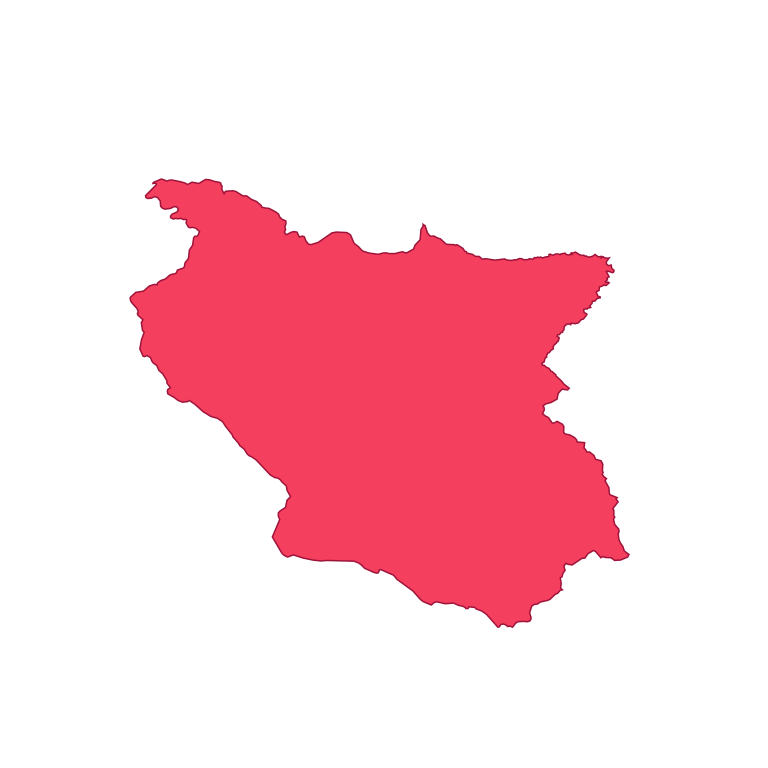 Nqoe, Butha-Buthe, Lesotho (Equal Earth projection), rotated 110°
{"feature_id": "5366337B84603329335542", "entity_name": "Nqoe", "entity_type": "district", "adm_level": 2, "iso_a3": "LSO", "parent_name": "Lesotho", "parent_adm1": "Butha-Buthe", "projection": "equal_earth", "projection_center": [28.538, -28.865], "detail": "fine", "context": "isolated", "style": "filled", "palette": "rose", "viewbox_px": 768, "rotation_deg": 110, "n_neighbors": 0, "source": "geoboundaries", "source_scale": "gbopen_adm2", "svg_char_len": 6169}
<svg xmlns="http://www.w3.org/2000/svg" viewBox="0 0 768 768"><g transform="rotate(110 384 384)"><path d="M565.9,436.6L577.7,422.4L579.0,419.8L579.5,417.1L579.5,415.3L575.6,410.7L575.2,400.3L573.7,390.2L571.8,382.6L569.4,377.4L560.8,351.8L560.8,347.1L561.7,343.6L563.8,339.2L564.5,328.5L564.1,325.8L563.2,324.7L560.2,324.7L559.5,323.5L560.4,309.6L563.2,304.8L568.6,286.0L574.0,276.1L575.1,272.6L575.5,264.0L571.7,261.8L570.6,259.6L569.5,251.2L566.1,243.8L566.5,238.3L565.9,234.0L566.1,231.9L567.0,230.0L566.1,228.2L564.3,227.9L562.9,222.4L563.8,220.7L563.9,214.4L565.4,208.9L573.6,193.8L573.0,192.8L569.8,191.8L568.7,189.7L568.7,187.0L569.6,185.0L568.5,182.9L568.5,180.0L564.0,178.6L561.8,177.1L559.7,172.7L558.2,167.6L556.7,165.9L554.7,165.5L552.8,166.2L549.3,168.9L542.2,169.2L539.8,167.5L538.3,164.6L535.5,162.6L531.2,156.0L529.3,154.2L522.9,151.1L521.3,149.2L517.7,147.9L516.4,146.0L515.3,148.3L511.0,149.2L505.8,152.1L504.3,150.8L500.6,151.1L497.2,150.1L493.7,152.6L490.3,151.7L490.5,149.5L489.7,145.3L480.2,138.4L478.9,135.7L473.7,134.3L468.8,130.2L469.0,128.0L473.1,120.7L471.3,119.3L471.3,116.7L469.6,111.2L470.9,107.0L468.5,101.5L463.2,95.8L460.4,95.5L458.7,101.1L455.0,104.0L452.2,107.9L449.6,110.2L444.4,112.8L442.5,112.6L440.1,113.8L437.1,119.1L432.5,122.1L430.2,121.6L429.3,122.9L423.9,124.9L422.9,126.4L414.7,123.7L412.5,126.8L411.0,126.0L410.8,133.8L409.1,135.2L404.6,137.1L399.2,143.3L396.8,142.6L395.9,145.6L394.2,148.1L392.1,147.8L391.0,149.0L384.5,151.0L381.9,153.8L382.4,159.4L379.3,162.3L377.6,167.5L378.5,170.3L376.7,172.1L375.8,174.1L370.5,175.4L372.4,182.7L370.7,183.8L369.2,186.5L368.3,191.7L369.0,196.9L367.9,198.7L362.5,200.4L360.8,202.6L359.9,208.6L362.3,210.6L363.2,212.6L359.3,218.0L358.9,221.6L357.5,224.9L353.9,224.5L351.9,225.2L350.0,227.0L347.4,225.2L344.2,220.7L339.0,216.2L333.2,217.1L328.0,215.0L326.8,209.5L324.6,208.5L322.6,214.8L320.5,218.2L317.5,225.4L316.6,225.7L314.9,229.9L314.7,231.8L312.9,234.2L312.7,237.2L311.6,240.0L312.2,241.6L310.4,242.7L308.6,241.1L304.6,241.5L303.2,240.3L302.0,240.9L299.0,240.7L298.1,239.5L295.0,238.5L293.4,237.0L289.9,237.8L286.6,236.0L285.3,236.0L284.6,235.0L281.2,235.0L280.3,235.5L280.0,237.7L278.4,237.8L277.7,236.1L275.0,235.1L274.3,233.9L273.3,234.2L271.6,233.4L268.7,234.3L267.7,233.9L265.3,232.7L264.1,230.0L264.4,228.8L262.8,228.7L261.8,224.6L259.9,222.1L256.2,220.8L254.8,218.8L249.3,217.1L248.7,217.6L248.4,220.3L246.4,221.6L245.0,221.6L244.1,218.8L243.1,218.6L241.4,215.9L240.2,217.4L237.2,216.1L234.9,216.5L234.0,214.2L230.6,212.8L229.1,210.3L228.2,210.7L228.3,212.9L225.4,215.8L224.6,215.9L222.6,213.9L219.0,214.7L217.5,212.5L215.6,211.3L215.8,209.8L215.3,208.9L212.0,207.0L211.6,208.3L212.7,210.2L212.0,211.0L209.6,209.7L208.0,210.7L206.3,209.1L202.2,213.6L201.4,212.6L201.2,207.2L199.9,206.4L198.5,206.8L197.4,209.6L194.5,211.2L196.0,213.5L195.3,215.8L193.2,216.9L188.5,215.5L189.3,216.7L190.0,220.0L189.5,221.4L190.7,222.7L189.6,222.4L189.6,223.1L191.2,226.1L190.1,230.0L192.8,231.8L195.0,235.5L194.5,237.7L195.2,238.9L194.6,240.2L195.5,241.9L195.6,244.4L194.6,249.2L196.7,251.8L196.6,252.9L197.8,253.0L198.1,252.0L198.8,253.9L199.7,254.4L199.9,257.2L199.1,258.5L201.2,262.2L202.3,262.6L202.2,264.7L203.2,267.3L205.4,269.4L205.1,272.2L206.0,273.3L207.2,272.5L208.5,273.7L209.1,275.3L211.4,278.4L211.1,280.2L212.3,281.7L212.1,282.9L213.4,284.2L213.7,285.9L215.9,286.8L216.5,290.2L217.7,291.1L219.5,295.1L219.1,297.3L219.8,299.7L222.2,302.2L222.3,303.3L224.2,306.2L225.5,311.0L225.2,313.4L229.6,322.0L231.6,331.7L233.1,334.3L231.6,338.1L232.8,341.8L231.9,345.2L232.6,351.0L231.5,351.8L231.5,353.7L229.6,356.2L228.3,361.9L228.3,363.4L229.4,364.3L229.0,365.5L231.4,373.1L228.3,380.7L228.5,383.1L227.9,387.9L229.0,390.2L229.0,391.7L227.2,394.8L221.2,399.5L220.6,401.9L222.1,401.2L226.2,402.1L236.1,399.4L242.8,402.3L247.1,402.4L253.3,407.8L253.5,412.1L257.8,418.5L259.8,424.3L260.0,426.8L261.3,429.8L264.1,433.8L266.0,442.5L266.3,447.9L266.3,449.9L263.7,454.9L262.1,460.1L255.3,466.5L254.4,470.7L257.5,480.7L259.8,484.6L273.5,494.3L278.0,500.3L278.4,502.8L276.5,506.0L272.9,509.3L272.9,511.2L274.8,513.9L271.1,517.6L271.4,520.3L272.7,522.6L277.2,527.0L275.4,529.5L272.4,529.3L270.6,530.8L266.7,531.0L264.3,532.1L264.1,536.2L262.6,539.3L260.4,541.2L259.3,544.8L258.3,552.1L259.3,556.1L259.6,559.4L258.3,560.4L256.1,566.3L255.9,571.5L254.2,577.5L255.5,581.0L253.8,588.7L254.0,591.7L256.5,597.7L257.4,599.0L259.8,599.4L256.8,602.8L253.3,603.9L252.6,605.2L251.0,606.2L250.8,607.7L251.6,612.3L251.8,617.7L252.8,621.6L258.9,626.6L260.0,633.4L263.7,636.8L263.2,639.9L263.5,644.2L264.8,652.9L266.0,655.6L267.5,657.2L267.5,663.3L273.4,669.6L274.6,669.7L273.6,667.6L273.8,666.4L274.7,666.1L288.5,672.5L290.2,671.6L290.5,669.5L289.1,666.4L286.4,663.6L286.2,660.7L288.5,656.9L293.5,654.6L294.5,652.5L294.7,649.9L292.1,644.8L289.1,641.9L288.5,639.2L289.6,637.4L291.8,636.9L293.4,637.6L297.0,641.3L299.3,642.0L300.7,641.4L301.0,638.2L299.8,636.8L299.1,633.7L297.9,631.7L298.0,628.3L296.9,626.3L298.1,625.3L300.2,625.2L303.4,621.6L303.5,619.6L302.3,617.5L301.9,614.4L303.8,609.5L308.3,609.7L309.3,610.4L309.7,612.0L311.5,612.9L319.2,611.3L324.6,612.7L332.9,610.7L338.1,612.4L342.4,611.7L343.7,612.3L347.6,617.1L350.6,617.1L352.3,618.6L353.1,620.4L355.1,622.7L359.9,625.2L363.3,629.3L366.7,631.4L368.5,631.1L368.9,633.8L372.1,638.0L379.0,641.8L382.8,648.6L389.1,651.9L390.0,652.0L392.6,650.4L394.2,648.3L397.5,642.0L398.6,641.0L400.4,639.5L402.0,639.9L403.5,638.8L406.1,632.4L409.2,633.1L416.3,629.2L417.3,627.1L425.3,627.0L434.5,625.5L440.3,619.8L440.1,618.3L438.4,616.6L439.0,612.4L441.8,610.1L443.3,607.8L444.3,603.9L448.1,600.3L450.2,595.3L455.1,589.2L457.4,588.3L460.6,583.4L463.1,585.3L465.2,585.0L467.2,583.7L468.5,576.2L469.8,572.2L470.0,567.2L467.7,562.5L466.1,561.4L467.7,554.8L471.9,544.4L473.7,535.5L473.2,528.8L474.6,522.8L477.9,518.5L483.6,509.3L485.4,507.8L489.3,500.7L491.2,498.5L493.1,492.9L496.5,488.7L497.5,486.3L497.7,483.1L499.1,478.1L508.4,459.6L509.3,454.6L508.7,451.6L509.5,448.5L510.9,446.6L513.2,440.9L517.0,438.8L521.8,433.3L526.5,435.4L533.6,434.3L538.8,438.2L541.2,439.2L544.2,438.2L547.0,435.6L565.9,436.6Z" fill="#f43f5e" stroke="#9f1239" stroke-width="1.5"/></g></svg>